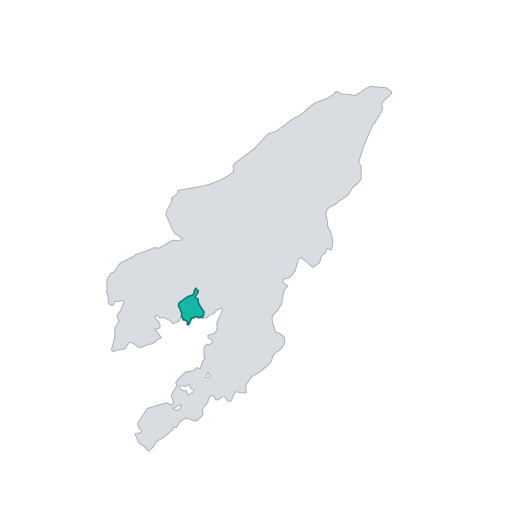 Nooken, Jalal-Abad, Kyrgyzstan (highlighted), rotated 321°
{"feature_id": "92254566B99299845350349", "entity_name": "Nooken", "entity_type": "district", "adm_level": 2, "iso_a3": "KGZ", "parent_name": "Kyrgyzstan", "parent_adm1": "Jalal-Abad", "projection": "equal_earth", "projection_center": [72.38, 41.192], "detail": "fine", "context": "in_parent", "style": "filled", "palette": "teal", "viewbox_px": 512, "rotation_deg": 321, "n_neighbors": 0, "source": "geoboundaries", "source_scale": "gbopen_adm2", "svg_char_len": 5685}
<svg xmlns="http://www.w3.org/2000/svg" viewBox="0 0 512 512"><g transform="rotate(321 256 256)"><path d="M113.6,304.3L114.9,303.5L118.9,302.7L126.9,301.9L129.6,302.5L135.1,305.8L139.3,305.4L140.1,305.8L141.7,308.6L147.5,304.5L151.7,303.3L153.9,299.2L158.4,294.3L162.3,293.5L162.4,294.3L163.1,295.0L167.1,296.1L168.3,294.8L168.9,293.1L167.5,290.2L167.5,289.0L168.8,287.3L175.1,290.0L176.5,289.9L179.3,288.4L182.0,285.8L182.9,283.7L195.8,276.9L196.7,275.7L196.5,274.8L191.1,273.2L188.7,274.1L186.4,274.1L185.1,273.1L178.5,272.7L177.1,272.0L172.7,267.2L167.3,264.1L164.7,264.3L161.6,265.5L160.6,265.0L160.4,260.4L159.7,257.6L157.9,257.0L155.5,258.1L148.9,256.5L148.1,250.8L145.7,245.7L142.2,243.7L142.1,240.6L140.9,239.4L139.8,239.7L138.5,241.2L139.1,244.6L138.6,248.0L137.8,249.7L136.3,250.9L134.6,251.0L131.6,249.2L131.0,259.5L130.5,260.1L126.9,258.7L124.0,259.3L119.8,258.7L116.5,257.0L110.3,255.1L107.3,253.2L105.6,246.3L103.9,243.9L102.2,243.4L95.6,245.7L88.8,241.6L85.4,240.7L84.5,239.4L84.7,237.9L95.1,230.3L99.3,225.0L101.8,222.8L108.4,220.5L109.9,215.7L110.4,215.1L117.1,212.8L124.5,208.6L124.7,207.5L123.9,206.5L117.3,202.6L113.9,204.4L111.9,202.2L111.9,199.9L114.2,196.0L116.1,194.1L116.9,190.3L119.6,187.8L122.4,183.8L125.7,180.6L132.0,178.1L135.4,178.9L138.7,178.4L143.7,176.4L146.8,176.2L159.7,179.2L164.0,179.4L174.1,183.3L181.9,185.3L185.8,189.0L198.4,190.7L201.9,191.8L203.1,193.7L206.8,196.0L209.8,196.5L207.1,187.4L208.1,182.1L212.0,167.4L214.1,165.2L224.3,161.0L226.7,158.0L234.0,158.0L235.6,157.5L236.4,155.8L259.3,168.6L268.0,172.2L280.0,175.5L290.1,176.6L291.9,175.8L295.8,170.8L297.7,170.6L322.8,171.5L340.7,168.8L343.3,169.0L350.1,171.8L371.4,172.7L379.7,174.5L392.9,173.8L398.5,174.2L408.7,177.8L412.2,178.6L418.8,179.1L421.3,178.5L422.7,179.3L424.3,183.9L430.7,189.7L433.1,192.9L435.5,194.1L447.3,195.1L451.8,196.3L463.1,207.3L464.7,213.7L463.7,215.1L452.1,215.9L449.5,216.9L446.9,221.7L431.6,227.5L429.3,227.4L408.8,238.4L394.7,247.8L394.2,252.3L386.0,262.5L379.7,263.7L374.4,263.5L365.6,266.6L354.2,265.5L350.4,265.7L342.9,264.3L339.9,265.0L336.8,267.1L332.6,275.3L330.8,277.2L330.0,279.1L329.5,283.1L327.9,287.3L324.3,293.7L321.1,296.7L318.2,298.6L315.8,294.7L312.0,297.4L308.4,296.8L306.2,297.6L301.2,301.1L293.8,300.9L292.9,299.8L291.3,290.4L289.9,285.9L288.9,285.0L287.5,284.8L277.0,292.2L272.1,293.5L268.0,293.7L262.7,291.5L261.5,292.1L260.6,293.3L260.3,294.8L261.9,299.0L261.4,299.8L259.0,299.7L255.7,300.7L245.6,309.4L239.1,311.7L233.1,312.5L229.5,314.1L227.5,317.3L223.6,326.3L223.8,328.2L225.5,330.6L226.7,336.1L226.5,337.5L223.3,342.0L219.2,343.3L215.9,344.0L209.8,343.4L206.6,344.3L200.7,347.8L195.9,348.4L186.8,348.5L177.9,347.2L175.0,347.6L167.1,349.7L164.4,352.9L162.9,355.8L162.2,356.2L159.0,353.5L155.0,348.9L153.0,349.0L145.9,352.8L144.8,352.7L142.8,351.2L143.1,345.3L140.8,344.1L135.9,343.8L134.3,342.5L134.9,338.7L134.3,337.3L133.1,336.2L130.5,336.5L125.5,339.7L119.5,340.8L117.5,341.8L115.2,345.9L107.3,346.8L104.7,345.8L100.0,338.2L95.9,337.0L91.7,337.3L86.1,339.3L84.7,337.7L83.2,337.2L81.9,338.5L75.0,338.8L67.9,338.6L63.9,337.7L61.3,337.7L56.1,339.8L49.7,340.2L49.2,333.1L47.3,328.3L49.3,320.4L50.4,317.9L55.1,320.8L56.8,320.3L57.3,318.8L56.6,315.2L59.0,311.4L75.8,306.1L94.2,313.8L96.6,318.8L98.2,318.6L100.8,316.3L101.6,312.1L105.2,309.7L113.2,306.9L113.6,304.3ZM123.0,321.7L123.4,321.0L122.0,317.3L123.9,313.9L120.2,313.3L118.3,312.3L116.1,308.8L115.4,308.6L114.3,309.6L113.7,311.9L114.2,314.3L116.9,316.6L115.6,321.5L121.1,322.1L123.0,321.7ZM103.7,325.1L103.6,324.0L102.3,323.5L95.3,322.2L95.6,323.2L98.2,326.8L100.2,327.0L103.7,325.1ZM145.0,318.8L145.4,316.5L141.2,317.8L140.7,319.0L142.1,320.4L143.9,320.9L145.0,318.8Z" fill="#d9dde1" stroke="#a8b0b8" stroke-width="1"/><path d="M188.8,243.1L188.6,243.2L186.1,244.2L183.7,246.3L181.7,246.3L179.5,245.3L175.8,244.4L171.0,244.3L170.4,244.3L168.2,243.9L166.0,244.4L164.1,246.2L163.9,248.6L163.0,250.6L162.3,253.8L159.9,256.1L159.9,258.1L160.1,258.4L160.2,258.5L160.0,258.8L159.9,258.9L159.8,259.0L159.3,259.3L159.2,259.4L159.2,259.7L159.2,260.0L159.5,260.1L159.8,260.2L159.9,260.3L160.3,260.4L160.3,260.7L160.3,260.9L160.3,261.0L160.7,261.2L160.7,261.3L160.8,261.7L160.8,261.9L160.9,262.2L161.0,262.4L161.2,262.6L161.3,263.0L161.4,263.3L161.4,263.6L161.5,263.7L161.5,264.0L161.4,264.2L161.4,264.6L161.4,264.8L161.2,264.8L161.0,264.7L161.0,264.9L160.8,265.0L160.4,265.9L159.6,265.6L159.5,266.0L159.8,266.2L160.0,266.5L160.0,266.8L160.2,266.7L160.4,266.6L160.5,266.5L160.5,266.4L160.8,266.4L161.1,266.3L161.4,266.4L161.5,266.3L161.8,266.2L162.0,266.2L162.0,266.3L162.1,266.2L162.5,266.2L162.8,266.0L163.6,265.7L163.8,265.7L164.0,265.5L164.1,265.4L164.3,265.2L164.5,265.0L164.4,265.0L164.5,264.8L165.3,264.7L165.5,264.7L165.8,264.5L166.0,264.4L166.1,264.2L166.3,264.1L166.4,263.9L166.5,263.8L166.6,263.5L166.7,263.3L166.8,263.3L166.8,263.2L166.8,263.4L166.9,263.5L167.0,263.7L167.1,263.8L167.2,264.0L167.3,264.1L167.5,264.2L167.8,264.2L168.0,264.7L168.3,264.8L169.3,264.9L169.7,264.5L169.9,264.6L170.2,264.7L170.4,264.7L170.5,264.7L170.5,264.8L171.3,265.5L171.8,265.8L172.0,266.1L172.0,266.3L172.0,266.7L172.0,266.8L172.3,266.8L172.5,266.9L172.5,267.1L172.1,267.5L172.2,267.8L172.3,267.9L172.5,267.9L172.6,267.7L172.8,267.8L173.0,267.8L173.5,268.3L173.6,268.1L173.9,268.2L174.0,268.1L174.3,268.1L174.5,268.2L174.4,268.2L174.4,268.3L174.6,268.5L174.8,268.8L174.8,269.1L174.9,269.3L175.0,269.4L175.1,269.5L175.3,269.8L175.4,270.1L175.5,270.2L175.7,270.3L176.2,269.4L176.8,269.2L178.0,269.1L180.4,266.7L181.0,260.1L181.8,256.4L182.9,254.2L184.0,253.1L182.9,251.4L183.1,249.6L184.2,248.9L187.6,248.1L189.3,246.7L188.8,243.1Z" fill="#14b8a6" stroke="#0f766e" stroke-width="1.5"/></g></svg>